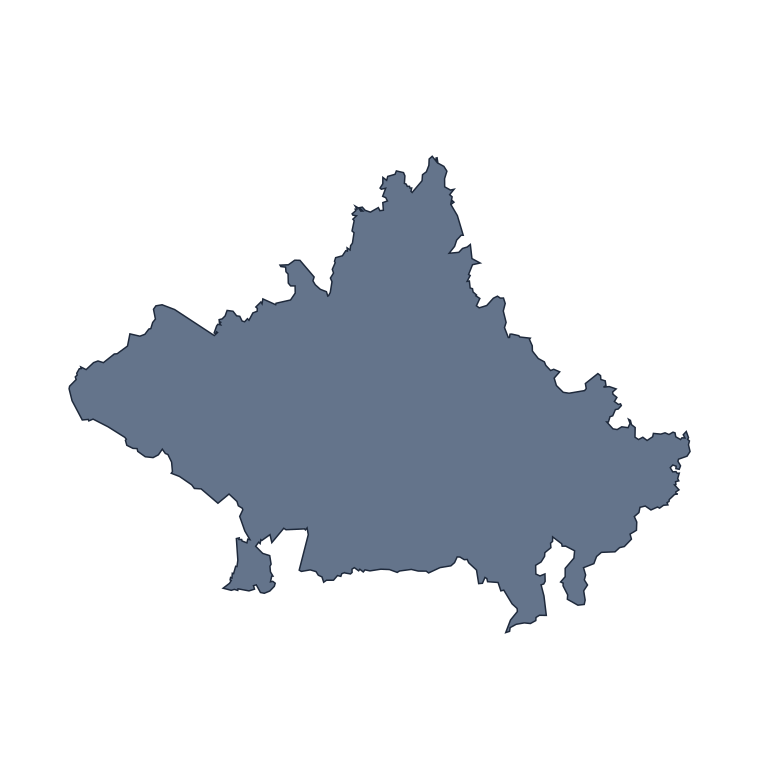 the district of Izúcar de Matamoros, Puebla, Mexico, rotated 277°
{"feature_id": "50627088B35864847350970", "entity_name": "Izúcar de Matamoros", "entity_type": "district", "adm_level": 2, "iso_a3": "MEX", "parent_name": "Mexico", "parent_adm1": "Puebla", "projection": "mercator", "projection_center": [-98.44, 18.506], "detail": "fine", "context": "isolated", "style": "filled", "palette": "slate", "viewbox_px": 768, "rotation_deg": 277, "n_neighbors": 0, "source": "geoboundaries", "source_scale": "gbopen_adm2", "svg_char_len": 6154}
<svg xmlns="http://www.w3.org/2000/svg" viewBox="0 0 768 768"><g transform="rotate(277 384 384)"><path d="M489.3,266.3L488.0,267.3L488.0,272.1L483.5,273.0L481.4,275.4L472.5,276.7L470.0,279.3L470.5,283.8L463.4,284.8L456.0,281.0L451.0,267.0L449.5,266.8L453.7,253.4L448.7,253.2L450.4,251.8L444.8,247.4L443.6,249.1L440.7,249.2L438.6,245.2L430.8,242.2L432.2,240.5L428.8,238.1L429.2,235.5L433.6,232.6L433.7,229.4L437.8,225.3L437.9,219.3L432.2,218.0L428.9,215.4L427.8,212.5L425.0,213.1L425.8,214.9L424.2,213.5L422.8,214.7L423.0,211.8L421.2,210.8L414.0,209.2L413.3,211.0L415.4,211.5L414.8,212.5L411.4,209.6L432.4,167.1L435.6,154.1L433.8,148.1L430.1,146.1L420.6,149.2L416.9,146.9L410.6,145.8L409.9,143.9L404.2,140.6L401.7,135.9L402.8,125.7L390.4,124.8L381.5,115.4L380.9,112.6L371.0,102.9L372.0,97.3L369.8,93.1L362.0,86.6L364.0,80.9L362.4,81.6L362.0,79.7L357.2,77.7L355.5,78.4L353.4,76.7L350.9,77.9L343.5,72.2L340.9,72.0L329.4,76.4L311.5,88.9L312.8,94.8L311.4,95.5L313.7,99.5L307.9,115.3L299.5,133.2L297.8,135.0L296.6,134.2L291.8,136.2L289.5,142.7L289.8,146.8L287.1,147.8L282.7,155.9L282.8,163.8L286.2,168.7L292.3,171.9L288.4,175.4L287.7,178.1L280.6,182.7L271.2,184.7L269.5,183.7L267.3,192.3L260.5,205.4L257.2,208.5L257.6,215.3L245.4,233.7L255.9,243.6L249.5,252.4L245.4,254.2L243.4,258.5L241.9,259.2L235.0,256.9L221.1,263.8L213.2,269.9L213.4,267.7L209.6,267.3L210.9,262.2L212.3,261.7L212.0,258.9L213.6,259.0L212.6,256.3L191.3,260.4L184.9,260.3L185.0,259.0L177.4,257.8L177.7,256.5L172.9,256.7L173.3,255.3L170.8,255.1L170.4,256.3L167.4,255.0L161.7,249.2L160.6,257.6L161.9,260.4L161.3,264.0L162.9,264.1L162.2,275.2L164.6,280.5L167.9,279.0L169.1,281.7L162.0,286.8L161.7,290.7L164.6,295.9L169.8,299.8L173.0,300.3L174.6,297.6L173.8,295.4L179.6,296.0L179.8,297.2L183.7,294.2L189.2,293.0L191.4,293.9L199.7,291.5L201.1,284.2L207.3,276.4L211.7,278.9L210.5,280.5L214.4,280.7L213.8,281.8L220.6,289.2L212.9,292.0L228.6,302.1L227.4,304.4L230.5,322.8L229.6,323.8L231.8,325.2L225.2,327.2L188.9,322.5L187.9,324.8L190.5,333.4L189.5,339.4L186.2,342.1L185.0,345.9L179.9,348.3L182.2,350.8L183.1,357.8L188.2,361.2L187.8,364.6L190.6,365.2L192.3,368.5L191.7,367.9L191.4,373.9L193.1,375.3L196.3,374.8L198.1,376.9L195.5,381.6L197.2,382.6L194.9,386.3L197.2,387.8L196.8,392.8L199.8,403.4L200.5,412.0L198.6,420.1L200.3,422.2L203.3,433.7L202.5,440.8L203.4,448.7L201.9,451.3L208.6,462.0L211.7,472.6L215.3,475.8L221.3,477.7L221.5,480.5L219.4,485.1L220.0,488.0L216.9,489.8L210.6,498.5L197.4,502.3L198.2,506.0L204.3,507.8L203.4,509.8L200.4,510.9L200.9,521.4L192.9,525.2L194.0,528.0L181.4,537.9L177.4,543.5L174.4,544.1L165.1,538.3L152.1,535.1L153.8,538.8L157.6,538.9L161.6,544.5L164.0,552.4L164.1,558.5L167.7,563.5L170.8,563.3L173.4,566.5L174.1,573.3L193.1,568.6L203.8,564.4L205.0,566.9L207.8,568.0L215.1,566.9L212.5,562.2L213.9,557.9L222.5,556.6L226.5,561.6L232.5,564.4L236.2,564.2L241.9,569.6L246.3,568.7L248.3,570.5L252.8,570.0L247.1,579.8L244.7,580.6L245.2,584.1L241.7,593.5L234.3,593.7L223.1,586.3L214.8,587.3L209.0,583.4L208.2,586.1L205.5,586.3L197.1,592.0L192.7,592.2L188.1,603.4L189.6,609.6L194.0,610.0L203.1,607.4L209.3,610.5L214.0,606.7L219.0,607.4L226.0,604.4L231.3,614.2L238.7,616.0L243.4,620.3L245.6,633.8L250.3,637.8L252.0,642.4L259.2,647.8L260.2,648.5L265.0,646.5L269.6,652.4L277.8,651.7L282.9,648.6L287.5,652.7L292.8,653.1L294.7,658.2L291.5,664.3L295.2,670.4L294.4,672.7L297.7,676.2L298.6,680.5L300.8,679.4L302.1,681.2L304.1,681.2L309.8,685.9L310.6,689.1L310.9,687.1L312.4,686.8L314.9,689.7L319.3,684.6L319.8,686.0L322.6,685.3L323.8,688.4L325.9,687.0L331.5,687.9L331.0,686.0L332.6,684.5L332.0,681.3L335.8,678.3L338.8,680.5L338.0,684.0L335.6,684.0L335.3,687.4L338.9,688.3L343.2,685.1L345.3,685.5L349.3,693.6L354.3,696.0L360.8,693.6L364.7,694.1L366.1,692.1L367.8,692.8L373.7,689.8L370.1,687.2L367.1,689.3L366.9,686.3L365.0,685.1L367.2,680.0L371.0,678.8L371.4,676.7L368.6,673.0L369.8,668.9L368.0,664.9L367.8,657.4L364.4,657.1L360.0,652.0L362.7,647.4L359.9,643.4L361.8,639.6L371.4,638.6L373.8,634.6L377.9,633.0L378.8,631.0L374.9,633.0L370.4,631.6L370.5,625.2L367.2,621.0L367.4,616.7L373.5,609.7L373.7,611.4L379.1,612.3L380.3,614.9L386.8,616.8L387.7,619.5L391.5,622.2L393.1,621.2L392.3,619.1L394.7,614.8L399.0,616.8L401.8,612.5L403.9,611.9L407.4,615.0L408.9,607.9L407.6,602.2L409.5,604.5L414.1,603.2L414.9,598.7L418.7,597.9L420.4,595.0L409.0,583.8L404.1,585.3L401.9,583.9L397.4,568.8L397.6,562.9L403.5,555.3L410.6,552.2L417.5,556.9L419.3,550.7L417.7,547.7L422.2,542.3L425.5,540.5L428.1,534.0L434.8,527.3L440.0,526.5L446.0,522.9L447.3,523.6L447.2,513.1L448.4,511.9L449.1,504.7L448.8,503.0L445.5,502.9L445.3,501.7L454.7,496.7L460.0,497.7L471.0,493.5L478.7,494.5L483.9,492.1L483.4,489.0L485.0,485.9L482.5,482.1L474.4,476.4L471.2,469.2L472.9,466.2L480.6,468.7L482.7,464.4L483.6,465.0L486.2,461.2L489.4,460.2L489.8,457.8L496.6,456.2L496.0,454.0L502.2,456.3L503.0,454.6L513.2,457.3L515.8,464.7L519.2,456.0L533.0,452.7L530.1,449.9L528.1,445.4L523.8,442.2L521.7,432.7L529.2,437.3L535.7,438.6L541.1,442.5L541.3,444.5L560.1,436.3L570.3,428.5L573.0,431.3L574.2,429.6L572.7,428.5L578.1,428.8L579.9,426.1L585.8,429.8L584.6,426.3L587.1,420.2L595.2,419.1L602.9,420.5L607.3,416.9L609.8,410.6L615.0,409.1L614.6,408.1L611.3,408.8L615.9,404.1L612.8,401.4L606.5,401.9L599.8,400.2L596.4,396.7L590.4,397.0L577.5,388.6L578.5,387.3L581.9,387.6L581.6,386.0L583.3,385.2L583.0,383.0L585.1,381.7L585.6,379.8L593.1,379.4L596.2,377.6L597.0,370.3L593.5,369.4L590.5,362.4L586.5,361.8L588.9,357.7L582.6,358.4L578.0,356.2L577.0,357.6L578.5,361.8L570.1,359.8L569.2,363.0L566.1,365.1L563.9,360.7L556.4,362.2L555.5,358.8L558.4,356.9L552.9,349.5L554.1,344.1L556.9,340.9L556.0,338.1L553.1,342.0L552.7,339.9L555.4,337.6L557.0,333.8L554.4,335.8L554.0,334.1L552.6,334.9L549.0,331.6L547.8,332.5L547.6,336.2L543.8,333.0L542.5,334.5L532.0,333.6L530.5,335.8L519.9,335.5L517.3,334.0L512.9,334.0L514.6,330.8L511.5,331.4L511.6,329.8L506.2,327.1L503.5,320.6L499.7,319.9L498.5,320.8L491.5,318.7L488.0,320.4L482.6,317.9L479.2,319.9L468.3,319.5L464.9,318.2L464.4,317.5L468.6,315.6L470.2,309.3L474.1,303.7L477.7,300.9L481.7,301.6L496.5,285.5L496.0,280.3L490.7,274.6L489.3,266.3Z" fill="#64748b" stroke="#1e293b" stroke-width="1.5"/></g></svg>